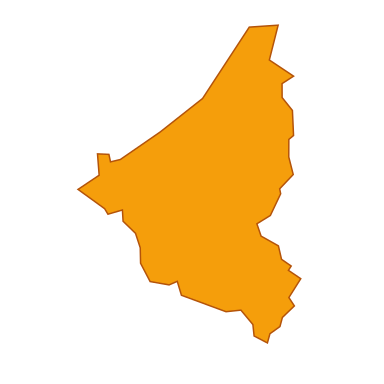 the district of Taylor, Kentucky, United States of America, rotated 84°
{"feature_id": "52423323B50418861880933", "entity_name": "Taylor", "entity_type": "district", "adm_level": 2, "iso_a3": "USA", "parent_name": "United States of America", "parent_adm1": "Kentucky", "projection": "orthographic", "projection_center": [-85.294, 37.338], "detail": "fine", "context": "isolated", "style": "filled", "palette": "amber", "viewbox_px": 384, "rotation_deg": 84, "n_neighbors": 0, "source": "geoboundaries", "source_scale": "gbopen_adm2", "svg_char_len": 766}
<svg xmlns="http://www.w3.org/2000/svg" viewBox="0 0 384 384"><g transform="rotate(84 192 192)"><path d="M107.5,92.5L93.6,91.1L87.4,78.9L68.8,101.3L35.1,88.9L34.0,117.8L100.1,171.7L129.0,217.4L152.2,259.9L153.5,269.9L145.9,270.7L144.2,282.0L165.6,282.6L177.5,305.1L199.5,280.6L205.3,277.9L202.6,263.1L213.9,263.6L227.2,252.5L242.1,249.3L257.5,250.6L276.7,243.0L282.0,224.5L279.3,216.0L293.6,213.3L314.6,170.7L314.6,155.7L330.2,145.3L341.7,145.3L350.0,132.8L341.1,129.3L335.0,118.6L326.2,115.2L316.0,102.1L307.1,106.7L289.6,92.9L280.0,104.3L276.0,101.1L268.3,110.0L254.6,111.7L243.1,127.9L230.4,130.8L223.5,116.5L203.0,104.0L198.0,104.5L185.2,89.5L167.3,92.1L149.8,90.2L146.4,85.1L121.4,83.6L107.5,92.5Z" fill="#f59e0b" stroke="#b45309" stroke-width="1.5"/></g></svg>